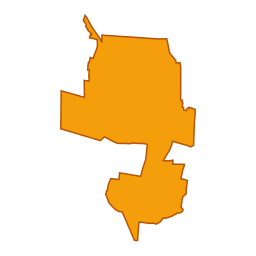 outline of Chiautla, México, Mexico
{"feature_id": "50627088B23878207605719", "entity_name": "Chiautla", "entity_type": "district", "adm_level": 2, "iso_a3": "MEX", "parent_name": "Mexico", "parent_adm1": "México", "projection": "natural_earth1", "projection_center": [-98.884, 19.571], "detail": "fine", "context": "isolated", "style": "filled", "palette": "amber", "viewbox_px": 256, "rotation_deg": 0, "n_neighbors": 0, "source": "geoboundaries", "source_scale": "gbopen_adm2", "svg_char_len": 5021}
<svg xmlns="http://www.w3.org/2000/svg" viewBox="0 0 256 256"><path d="M85.1,15.4L84.5,17.1L83.7,19.3L83.3,20.3L85.4,23.3L86.2,24.5L86.0,25.4L85.7,26.5L86.9,28.1L87.7,29.1L87.7,29.3L87.5,29.8L89.8,32.1L90.8,33.1L91.7,33.9L91.3,35.2L91.2,35.3L90.5,34.7L90.3,35.4L90.2,35.8L89.9,36.4L89.8,37.0L89.6,37.3L89.5,37.9L89.8,38.0L90.8,38.0L91.8,38.4L92.8,38.5L93.5,38.6L94.1,38.8L94.9,39.0L95.5,39.2L96.3,39.3L96.6,39.3L96.9,39.4L97.3,41.4L97.3,41.6L97.4,43.4L97.4,44.0L97.4,46.1L97.4,46.5L96.8,48.5L96.2,50.3L95.7,51.5L94.8,53.6L94.5,54.3L94.3,54.9L94.2,55.2L93.1,58.5L90.2,57.5L89.7,60.3L89.2,62.6L88.5,62.4L88.2,64.1L88.0,65.5L87.8,66.6L87.9,66.9L87.9,67.5L87.7,70.1L89.3,70.2L89.2,71.5L88.9,74.2L88.8,76.3L88.8,76.8L89.4,76.9L89.4,77.1L88.8,81.0L84.9,80.5L84.2,80.4L84.2,83.8L84.3,87.2L84.3,90.6L84.4,94.0L84.4,97.4L83.9,97.2L82.9,96.9L81.9,96.7L79.9,96.1L79.3,95.9L77.9,95.5L72.6,94.0L68.9,93.0L61.2,90.8L61.1,99.5L61.1,99.8L61.0,108.8L61.0,109.0L61.0,113.8L61.0,115.6L61.0,116.4L60.9,119.0L60.8,128.8L62.4,129.3L63.9,129.7L64.4,129.9L69.1,131.3L72.9,132.4L100.2,140.6L101.0,140.0L104.4,136.8L104.5,136.9L112.7,141.2L114.4,142.0L115.3,142.4L116.8,143.1L117.2,143.2L120.1,143.5L120.2,143.4L120.5,143.3L121.5,143.4L122.7,143.5L123.0,143.5L124.1,143.4L129.7,143.7L129.8,143.7L130.1,143.7L130.5,143.5L132.8,142.9L135.2,143.3L135.3,143.3L138.1,143.4L140.8,143.5L141.0,143.5L143.9,143.6L144.2,143.7L147.0,144.3L147.3,144.5L147.3,144.9L147.2,145.9L147.0,147.4L146.8,149.1L146.5,152.6L146.4,153.4L146.3,154.2L146.1,156.4L146.0,156.9L145.7,159.3L145.5,160.1L144.7,162.5L144.4,163.3L142.7,168.6L142.2,170.2L141.0,175.1L140.9,175.4L140.6,176.4L140.2,176.3L137.9,175.9L137.1,175.8L134.3,175.3L133.0,175.1L131.9,174.9L129.4,174.5L128.9,174.4L125.7,173.8L125.1,173.8L124.9,173.7L124.4,173.6L119.9,172.9L119.6,172.8L119.0,179.3L117.6,179.3L117.1,179.3L116.0,179.2L114.5,179.0L113.1,178.9L111.7,178.8L110.7,178.7L110.5,179.3L110.5,179.6L110.3,180.2L110.1,180.6L109.9,180.9L109.5,181.8L109.1,182.5L108.9,182.9L108.4,184.6L107.9,186.2L107.9,186.5L107.7,187.6L107.6,188.1L107.2,190.7L107.2,190.8L106.6,190.8L106.5,191.6L106.3,192.5L106.2,193.9L105.7,193.9L105.7,194.0L106.0,194.9L106.4,195.8L106.9,197.0L107.9,199.9L109.1,203.0L114.7,209.0L116.9,210.4L117.8,210.9L118.1,211.1L118.5,211.3L119.1,211.5L120.7,211.8L121.7,211.9L122.2,212.0L124.3,216.6L125.3,218.9L125.7,219.8L127.0,222.9L128.2,225.8L129.5,228.7L130.7,231.6L131.9,234.5L133.2,237.4L134.4,240.3L134.5,240.3L137.6,240.6L137.7,239.4L137.7,237.6L137.8,237.2L137.8,236.2L137.9,235.9L137.9,235.4L137.9,235.1L138.3,230.5L138.3,230.2L138.3,229.9L138.3,229.7L138.4,229.4L138.8,223.9L138.8,223.5L138.9,222.1L142.4,222.4L143.5,222.5L143.9,222.6L144.0,222.6L144.4,222.7L146.1,222.9L146.3,223.0L148.1,223.2L148.2,223.3L148.4,223.3L150.0,223.3L150.6,223.3L151.2,223.3L152.8,223.3L153.1,223.3L154.7,223.5L156.0,224.1L157.9,223.3L159.1,222.6L160.5,221.6L161.9,219.6L162.4,219.0L162.8,218.6L163.5,218.1L166.1,218.1L167.9,217.6L169.5,217.0L170.4,216.7L172.1,216.1L172.5,216.0L172.7,215.6L173.1,215.4L174.0,215.0L175.9,214.1L177.2,213.0L179.0,213.1L180.2,212.7L181.5,211.9L182.5,211.3L182.7,210.6L183.1,209.6L180.9,206.8L181.3,205.0L181.7,202.7L182.1,199.9L182.3,199.1L182.3,198.8L182.6,197.8L182.7,197.3L182.8,197.0L183.9,195.9L185.3,194.7L186.2,193.6L186.3,192.8L186.2,191.4L186.1,190.1L186.2,188.7L186.5,187.0L187.4,180.4L186.6,180.2L184.8,179.7L183.4,179.2L183.2,179.2L182.9,179.1L181.2,178.8L180.9,178.8L181.5,176.0L181.5,175.9L182.6,170.5L183.3,168.5L183.4,168.4L183.9,166.8L184.5,164.4L181.2,164.3L174.2,164.2L172.7,164.2L173.0,160.2L171.1,160.5L168.5,160.9L167.1,160.9L166.4,160.8L165.7,160.8L163.3,160.6L164.8,158.1L166.2,155.6L166.4,155.3L169.0,151.2L169.7,150.1L169.8,149.8L171.6,144.9L172.1,143.2L172.7,141.6L172.9,141.1L173.2,141.2L175.6,142.2L177.3,142.7L178.4,142.9L182.3,144.1L183.0,144.3L183.3,144.3L184.3,144.6L185.1,144.8L185.6,145.0L186.0,145.1L186.7,145.3L187.4,145.5L187.5,145.5L188.1,145.8L189.5,146.5L190.0,146.7L190.2,146.8L190.6,146.8L191.2,146.6L193.7,145.3L193.6,144.9L193.6,144.7L194.4,122.8L194.4,122.7L195.2,113.0L195.1,109.4L194.6,109.1L193.6,108.8L192.1,108.3L190.5,107.8L188.9,107.3L188.7,108.5L187.4,108.2L186.2,110.6L185.5,110.4L184.8,110.2L183.8,110.0L183.5,107.4L182.2,107.1L182.5,104.9L182.8,102.5L182.1,102.3L182.3,100.2L180.6,99.7L180.6,96.6L180.7,93.6L180.7,90.5L180.7,87.5L180.7,84.4L180.7,81.4L180.7,78.3L180.7,75.3L180.7,72.2L180.7,69.2L180.7,66.1L180.1,62.8L176.1,63.0L175.7,60.3L173.9,58.2L172.1,56.0L170.3,53.9L169.9,53.0L169.3,51.6L168.7,48.4L168.1,45.2L167.4,41.9L166.8,38.7L164.2,38.8L161.5,38.9L158.9,39.0L154.6,38.7L153.6,38.6L149.9,38.4L146.2,38.1L143.3,37.9L140.3,37.7L137.4,37.5L134.6,37.3L131.9,37.1L129.1,37.0L125.6,36.7L122.0,36.5L118.7,36.3L115.3,36.0L112.0,35.8L108.6,35.6L105.2,35.4L101.9,35.1L102.0,41.4L102.2,42.4L102.0,42.1L101.5,41.5L99.6,38.0L98.7,36.8L97.8,35.4L96.4,33.5L95.0,31.5L94.9,31.4L92.6,28.0L91.0,25.5L90.0,23.7L87.9,19.7L87.3,18.6L86.9,17.7L85.6,16.0L85.1,15.4Z" fill="#f59e0b" stroke="#b45309" stroke-width="1.5"/></svg>